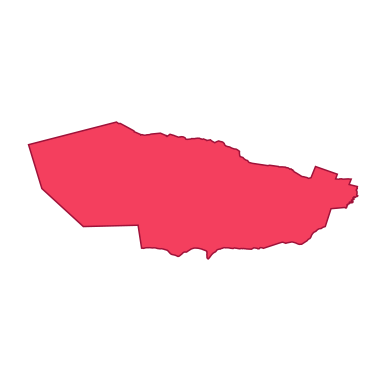 La Paz, Catamarca, Argentina (Equal Earth projection), rotated 93°
{"feature_id": "61730980B42057198063965", "entity_name": "La Paz", "entity_type": "district", "adm_level": 2, "iso_a3": "ARG", "parent_name": "Argentina", "parent_adm1": "Catamarca", "projection": "equal_earth", "projection_center": [-65.146, -29.358], "detail": "fine", "context": "isolated", "style": "filled", "palette": "rose", "viewbox_px": 384, "rotation_deg": 93, "n_neighbors": 0, "source": "geoboundaries", "source_scale": "gbopen_adm2", "svg_char_len": 5573}
<svg xmlns="http://www.w3.org/2000/svg" viewBox="0 0 384 384"><g transform="rotate(93 192 192)"><path d="M191.5,30.9L191.2,30.7L191.2,30.4L191.1,30.2L190.9,29.9L190.6,29.8L190.4,29.9L190.3,30.1L190.3,30.3L190.4,30.6L190.6,30.9L190.6,31.0L190.2,31.0L190.1,30.9L189.9,30.9L189.7,31.0L189.6,30.9L189.4,30.9L189.3,30.7L189.2,30.5L189.1,30.4L188.8,30.3L188.7,30.3L188.4,30.1L188.4,29.9L188.4,29.7L188.5,29.7L188.9,29.7L189.0,29.6L188.9,29.2L188.9,28.8L188.7,28.6L188.5,28.4L188.4,28.2L188.0,27.8L187.8,27.6L187.9,27.2L187.8,26.9L187.8,26.7L187.5,26.4L187.1,26.3L186.9,26.3L186.8,26.8L186.5,27.0L186.3,27.3L186.0,27.4L185.8,27.4L185.6,27.4L185.3,27.3L185.1,27.2L184.8,27.1L184.5,27.1L183.5,27.2L182.9,27.3L182.7,27.3L182.3,27.5L182.2,27.7L182.0,27.9L181.8,28.0L181.5,28.1L181.0,27.9L180.9,27.9L180.7,27.7L180.3,27.5L180.2,27.3L180.0,27.1L179.9,27.1L179.6,27.2L179.5,27.3L179.0,27.5L178.8,27.4L178.6,27.2L178.1,27.1L177.9,27.1L176.3,35.5L170.8,33.7L170.8,35.8L170.7,36.5L171.3,42.0L171.0,43.2L171.2,45.4L171.6,45.9L171.4,49.3L166.6,47.8L160.1,70.0L171.5,73.9L172.3,76.3L171.5,78.1L171.4,79.0L170.9,81.3L170.8,83.0L167.8,88.4L166.4,91.2L165.8,91.5L165.1,92.7L164.6,92.7L164.6,93.3L163.7,94.4L164.1,95.4L163.9,95.6L162.9,97.2L162.7,98.8L162.8,99.3L162.3,99.8L162.2,103.2L162.4,106.4L162.0,106.9L161.2,115.9L161.7,117.6L160.6,129.2L160.2,133.3L159.5,136.6L158.7,137.4L157.7,138.1L157.2,140.1L155.9,142.0L154.9,142.9L154.1,145.8L153.2,146.1L153.1,146.3L151.7,146.5L150.7,146.7L148.9,146.7L147.6,148.7L146.9,150.1L146.8,151.5L146.8,152.0L146.0,154.8L145.2,156.4L144.9,157.6L144.8,159.1L144.6,159.3L144.2,160.7L144.0,160.9L143.4,161.6L143.1,161.9L141.8,162.4L140.5,164.0L140.1,165.9L140.1,166.4L139.6,168.0L140.6,170.3L141.2,171.2L141.6,171.8L141.4,172.3L141.1,172.7L140.6,173.9L140.3,174.3L140.2,174.7L138.9,176.4L139.4,178.1L139.4,178.4L139.8,179.9L139.5,180.1L138.4,183.4L138.9,184.6L138.5,185.4L138.5,186.0L137.9,187.4L138.0,187.9L137.9,189.0L138.1,189.8L138.1,190.1L138.3,191.3L138.4,191.5L138.5,191.8L138.6,192.4L138.6,193.3L138.7,194.4L138.6,195.0L139.2,196.2L139.3,197.1L139.4,197.8L139.6,198.8L139.6,199.2L139.7,199.5L139.6,200.0L139.7,200.6L139.5,200.9L139.3,201.1L138.2,201.8L137.4,203.7L137.3,205.9L137.7,206.6L137.6,207.1L138.0,208.0L137.7,209.3L137.6,209.5L137.0,211.5L136.3,213.5L136.3,214.3L136.1,214.5L135.5,217.0L137.9,219.9L137.6,220.4L137.2,220.0L137.0,220.5L136.8,221.0L136.7,221.7L134.9,226.6L136.3,236.0L136.9,237.3L137.3,240.3L137.6,241.1L137.8,242.7L137.3,245.0L137.7,246.1L137.4,246.1L137.0,247.0L136.8,247.6L136.4,248.7L134.9,252.6L134.9,252.8L134.7,252.8L134.2,253.0L133.5,254.2L131.0,259.4L127.3,267.2L127.3,267.4L127.5,268.6L127.5,268.9L126.3,270.8L126.1,271.1L153.3,357.7L196.4,342.1L232.2,298.7L228.0,244.1L250.7,239.4L250.7,238.1L250.8,237.8L250.8,237.4L250.3,235.9L250.1,235.1L250.0,234.2L249.9,232.4L249.8,231.5L249.8,230.6L249.9,229.2L249.9,228.1L249.7,227.3L249.7,225.9L249.9,224.7L250.2,223.7L250.3,222.5L250.4,221.3L250.4,220.5L250.2,219.6L250.4,218.3L250.5,217.5L250.9,216.2L251.0,215.2L251.2,214.9L251.4,213.9L251.8,213.2L252.1,212.9L253.2,211.8L253.8,211.2L254.5,210.5L254.9,210.0L255.1,209.6L255.4,208.9L256.0,205.4L257.1,202.6L257.0,202.3L256.8,201.6L256.5,201.2L256.1,200.7L255.8,200.4L255.3,199.9L255.2,199.7L254.6,199.0L254.2,198.7L253.5,198.1L253.0,197.5L252.6,197.0L252.4,196.5L252.3,195.9L252.3,195.2L252.3,194.5L252.1,194.1L251.6,193.4L251.2,193.0L251.0,192.6L250.5,192.0L250.1,191.4L249.1,190.0L248.6,188.9L247.9,187.0L247.8,185.5L247.8,184.4L247.8,183.9L247.9,182.4L248.5,179.2L248.8,178.5L249.9,175.0L250.3,174.5L250.8,174.0L251.4,174.0L251.9,173.9L252.8,173.8L253.7,173.9L254.5,173.8L255.2,173.6L255.9,173.7L256.3,173.7L256.7,173.5L257.5,173.2L257.9,172.6L257.9,172.1L257.5,171.9L257.0,171.4L256.0,170.7L254.3,169.6L253.3,168.9L252.7,168.3L252.1,167.8L250.9,166.2L250.6,165.5L249.9,164.9L249.1,164.4L248.7,164.1L248.3,163.6L248.0,163.0L247.8,162.3L247.5,161.4L247.5,160.7L247.3,160.4L246.9,159.9L246.7,159.0L246.5,158.5L245.9,157.3L245.9,156.3L246.0,155.6L245.9,154.5L245.9,153.9L245.8,153.0L245.9,152.4L246.0,151.3L246.2,150.1L246.2,149.1L246.3,148.4L246.3,148.0L246.0,147.4L245.6,146.7L245.8,145.6L245.8,144.7L246.0,143.7L246.1,142.7L246.2,141.9L246.2,141.0L246.0,140.7L245.9,140.0L245.8,139.1L246.0,138.5L245.8,138.0L245.8,137.7L245.7,137.2L245.9,136.5L245.8,135.4L246.0,134.8L246.0,134.2L246.0,129.6L244.5,127.3L244.8,124.1L245.3,123.2L245.1,121.9L244.0,121.0L244.0,119.1L244.5,117.8L238.6,102.6L237.5,99.6L237.4,99.0L237.5,98.2L237.9,97.0L238.3,95.6L238.1,95.2L237.8,94.3L236.8,90.3L236.6,89.6L236.8,88.4L237.4,85.9L238.2,83.9L238.7,82.1L238.6,81.7L238.4,79.7L238.1,79.3L234.7,74.6L233.4,73.6L233.1,73.3L232.6,72.5L232.3,71.9L231.6,71.4L230.7,70.9L229.7,70.6L228.6,70.2L227.6,69.6L226.4,68.7L225.9,68.3L224.7,66.1L224.3,66.0L224.0,65.6L223.0,64.6L222.1,63.3L221.7,61.1L220.4,59.4L219.5,57.1L201.4,52.3L199.6,39.7L199.5,39.1L199.6,38.5L199.7,38.0L200.0,37.5L199.9,37.2L199.7,37.0L199.3,37.0L199.1,37.1L198.9,36.9L198.8,36.6L198.7,36.6L198.2,36.6L197.7,36.3L197.3,36.4L197.0,36.6L196.8,36.6L196.7,36.5L196.9,36.2L196.8,35.9L196.6,35.7L196.4,35.6L196.2,35.7L195.9,35.6L195.8,35.4L195.6,34.9L195.5,34.4L195.3,34.1L195.1,34.0L194.6,34.4L194.3,34.4L194.1,34.4L193.9,34.2L193.7,33.6L193.7,33.4L193.9,33.2L194.4,33.0L194.5,32.7L194.5,32.4L194.4,32.3L194.3,32.0L194.3,31.8L194.2,31.1L194.0,30.9L193.7,30.8L193.2,30.8L193.2,31.3L193.2,31.5L193.2,31.8L193.1,32.0L192.6,32.2L192.4,32.2L192.2,32.3L192.0,32.2L191.7,32.2L191.6,31.9L191.7,31.3L191.6,31.2L191.4,31.0L191.5,30.9Z" fill="#f43f5e" stroke="#9f1239" stroke-width="1.5"/></g></svg>